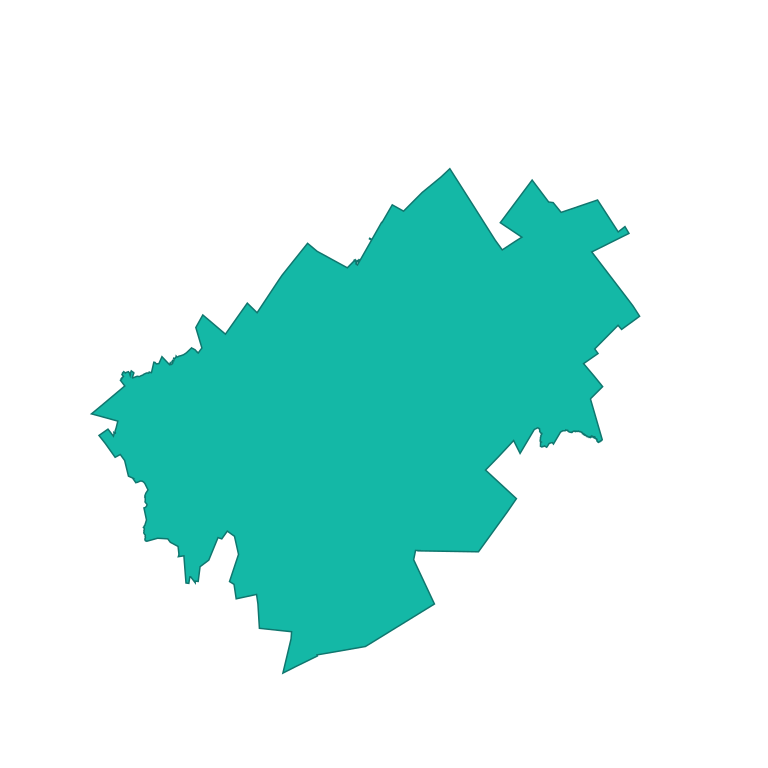 Guadalcázar, San Luis Potosí, Mexico, rotated 44°
{"feature_id": "50627088B22261172610418", "entity_name": "Guadalcázar", "entity_type": "district", "adm_level": 2, "iso_a3": "MEX", "parent_name": "Mexico", "parent_adm1": "San Luis Potosí", "projection": "orthographic", "projection_center": [-100.275, 22.904], "detail": "fine", "context": "isolated", "style": "filled", "palette": "teal", "viewbox_px": 768, "rotation_deg": 44, "n_neighbors": 0, "source": "geoboundaries", "source_scale": "gbopen_adm2", "svg_char_len": 5918}
<svg xmlns="http://www.w3.org/2000/svg" viewBox="0 0 768 768"><g transform="rotate(44 384 384)"><path d="M376.0,138.7L348.9,134.4L355.6,187.2L381.2,182.6L379.4,189.9L375.9,205.4L364.1,203.3L320.9,192.8L281.8,183.4L281.2,195.7L278.4,219.7L278.0,246.1L265.5,249.4L270.4,269.2L270.0,269.4L274.9,288.4L272.5,289.1L272.7,289.7L275.1,289.1L280.9,311.8L279.6,311.9L279.7,312.9L279.7,313.0L279.8,313.5L279.5,313.5L278.9,313.8L278.8,314.3L279.8,314.6L280.7,313.4L281.2,313.1L282.2,316.9L280.3,317.1L280.1,315.9L279.7,315.7L279.1,315.6L278.6,315.9L276.9,314.7L276.8,315.0L277.0,314.9L276.9,325.9L243.8,335.0L231.3,335.9L235.1,376.4L236.1,382.4L243.2,420.9L229.5,420.8L235.3,458.3L205.7,460.2L209.4,474.1L228.0,484.6L228.8,490.8L228.1,490.8L227.8,490.9L227.6,490.8L227.4,490.9L227.0,490.9L226.8,490.7L226.0,490.8L225.5,490.7L224.4,490.6L223.4,490.9L222.8,491.0L221.3,491.5L221.1,491.7L220.5,491.7L220.2,498.9L219.5,502.1L218.2,504.8L217.2,506.3L216.7,508.0L216.1,508.4L215.1,508.3L215.7,509.2L215.7,509.8L215.9,510.6L215.3,511.2L214.8,511.5L215.0,511.8L215.5,511.5L216.7,513.5L216.1,514.0L215.6,514.0L216.0,515.4L216.1,515.1L217.2,515.2L217.7,516.3L217.4,517.7L215.6,517.3L215.9,517.9L216.6,517.8L216.8,518.6L216.7,518.8L216.5,519.1L205.3,518.6L207.9,525.7L206.3,527.7L204.2,527.6L203.3,528.2L207.9,535.8L208.8,537.4L208.3,537.8L206.8,538.5L207.2,539.4L207.1,539.8L206.4,540.2L205.8,540.7L205.3,541.6L204.3,544.3L204.3,545.3L204.1,545.7L203.6,546.4L203.0,548.4L202.3,549.1L201.6,549.4L200.9,550.2L200.7,550.6L199.4,553.5L199.1,553.8L198.9,554.3L198.7,554.3L198.2,553.5L196.9,551.0L196.9,550.8L196.6,550.1L196.0,549.6L195.6,549.8L193.1,550.1L193.7,551.6L193.6,552.4L194.7,552.8L195.6,554.3L194.3,553.6L194.2,553.3L193.9,553.2L191.6,552.7L190.4,555.1L190.3,555.8L188.2,555.9L188.3,557.8L188.7,557.8L188.9,558.6L189.0,559.3L191.3,559.5L191.2,561.2L191.4,561.2L191.2,562.5L191.8,562.5L191.8,564.4L198.9,565.5L195.7,596.2L194.3,608.7L218.3,595.6L221.8,601.6L223.4,604.9L224.7,605.7L224.9,605.9L224.9,606.2L224.5,606.5L223.5,606.6L224.4,607.3L225.6,609.5L216.8,608.2L214.7,619.0L224.9,620.4L241.5,623.5L243.3,617.9L250.6,619.2L264.2,627.8L269.2,626.0L269.0,626.4L274.1,627.4L274.5,626.4L274.9,626.1L276.1,623.1L277.5,621.9L279.3,621.5L281.1,621.7L287.8,624.1L288.5,627.9L289.1,629.3L289.8,630.8L290.7,631.0L290.7,631.3L290.7,631.6L291.1,631.6L291.3,631.8L293.0,633.4L293.9,634.7L294.2,634.9L296.9,635.2L297.3,635.4L297.5,635.7L297.9,636.5L298.1,637.5L298.0,638.8L297.4,639.9L307.6,646.8L310.2,652.0L310.1,652.5L310.2,652.8L310.6,653.3L310.5,653.9L310.5,654.3L310.9,654.4L311.4,654.3L311.7,654.3L312.3,654.7L312.7,655.3L312.9,656.0L313.7,656.6L314.3,657.6L314.6,657.9L315.4,658.3L317.1,658.5L317.4,658.6L318.3,659.8L319.1,660.2L319.7,661.6L320.6,662.3L321.3,662.5L321.5,662.5L322.2,661.9L322.6,661.9L328.3,652.2L336.0,645.6L340.3,646.3L348.7,643.9L354.6,648.8L355.2,649.5L356.0,651.1L359.4,646.6L379.8,664.7L382.1,663.0L378.3,657.6L378.9,657.0L386.2,658.1L385.1,657.0L387.5,655.1L378.6,643.2L380.3,632.4L371.3,609.8L374.9,608.1L373.5,598.7L382.2,597.4L397.7,607.6L410.1,633.4L415.3,632.3L426.9,641.2L438.5,623.9L446.0,629.7L464.1,646.3L489.6,626.4L494.2,631.9L512.1,662.2L516.8,648.6L525.0,625.9L524.0,625.4L553.0,585.7L573.1,507.2L527.4,489.8L522.3,481.8L525.1,479.3L525.1,479.7L568.5,439.1L561.5,390.0L558.9,374.5L516.8,375.4L516.9,356.9L516.6,338.4L516.5,334.6L530.1,339.4L523.7,312.3L525.0,308.7L526.6,308.2L526.6,308.4L527.0,308.4L527.1,308.5L527.3,308.6L527.6,308.8L527.8,308.8L528.3,309.1L528.7,309.8L528.9,309.9L529.0,309.8L529.7,310.1L530.1,310.1L530.3,310.3L531.3,310.3L531.6,309.9L532.1,310.1L532.4,310.8L532.5,311.5L532.5,311.9L532.9,312.3L533.1,312.5L533.3,312.8L533.5,313.1L533.5,313.4L533.7,313.8L534.5,314.6L534.7,314.9L535.0,315.2L535.2,315.7L535.5,315.8L535.8,316.4L536.2,316.7L537.4,316.5L537.2,317.0L537.3,317.4L538.0,318.1L539.8,320.1L540.9,319.8L541.4,319.6L541.4,319.0L541.6,318.6L542.3,318.0L542.4,317.1L544.9,316.5L544.9,315.8L544.1,312.2L544.8,310.6L545.8,309.2L547.6,309.5L544.4,296.0L544.6,295.1L544.9,294.5L544.9,293.7L545.1,293.3L545.5,293.1L546.8,291.7L547.0,291.4L546.8,291.0L547.1,291.0L547.2,290.6L547.5,290.2L548.1,290.1L548.2,289.8L548.4,289.7L548.7,290.0L549.7,290.1L551.2,289.5L552.5,288.7L552.5,288.2L552.9,288.1L552.9,287.6L552.8,287.2L553.1,286.7L553.1,286.4L553.3,286.0L553.7,285.7L553.9,285.4L554.2,285.5L554.4,285.1L554.6,285.0L554.8,285.1L555.0,284.4L555.7,284.2L555.9,284.0L556.1,283.8L556.4,282.9L556.7,282.7L557.2,282.8L557.8,282.5L558.0,282.1L558.2,281.9L558.4,281.8L558.7,281.9L559.1,281.6L559.6,281.6L559.8,281.5L559.9,281.3L560.7,281.5L561.2,281.9L561.4,281.8L561.8,281.2L562.0,281.2L562.0,281.6L562.3,281.6L562.7,281.4L562.8,281.6L563.1,281.6L563.5,281.5L563.5,281.4L563.4,281.1L564.0,281.2L564.1,280.9L564.6,281.1L564.9,280.8L565.2,280.9L565.5,280.8L565.5,280.7L565.8,280.6L566.1,280.7L566.3,280.7L566.8,280.8L566.9,280.7L566.8,280.3L567.8,280.0L568.2,279.6L568.4,279.7L568.4,279.8L568.6,279.9L568.9,279.3L569.1,279.2L569.3,279.0L569.4,279.3L569.8,279.1L569.8,278.9L569.6,278.6L569.3,278.3L569.8,278.1L569.9,277.9L570.1,277.8L569.9,277.6L569.7,277.8L569.6,277.7L569.7,277.4L569.6,277.1L570.2,277.1L570.4,277.0L570.4,276.7L570.9,276.6L571.6,276.9L571.6,276.5L571.8,276.4L571.8,276.0L571.9,275.9L572.1,276.1L572.1,276.5L572.5,276.5L572.6,276.2L573.0,276.6L573.4,276.4L573.4,276.1L573.8,276.4L574.5,276.1L574.9,276.2L574.9,275.9L575.0,275.8L575.8,276.3L576.0,276.2L576.2,276.6L576.6,276.8L576.9,277.1L577.3,277.0L577.8,277.0L578.3,277.2L578.9,277.0L579.0,276.6L579.0,275.9L579.4,275.6L579.3,275.2L579.4,274.8L579.3,274.3L579.7,274.0L579.6,273.8L579.8,273.5L579.7,272.5L579.6,272.4L543.0,251.4L542.8,250.8L543.1,234.0L530.1,232.4L513.4,230.7L516.8,213.4L511.2,212.4L511.6,179.2L517.0,179.7L520.8,157.7L508.9,154.9L500.6,153.6L441.7,144.7L455.6,105.5L448.0,103.4L446.8,111.9L409.8,103.3L392.2,137.5L379.7,136.0L376.0,138.7Z" fill="#14b8a6" stroke="#0f766e" stroke-width="1.5"/></g></svg>